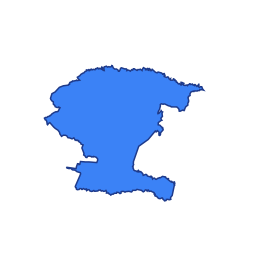 outline of Ixtapan de la Sal, México, Mexico, rotated 312°
{"feature_id": "50627088B70229616994198", "entity_name": "Ixtapan de la Sal", "entity_type": "district", "adm_level": 2, "iso_a3": "MEX", "parent_name": "Mexico", "parent_adm1": "México", "projection": "orthographic", "projection_center": [-99.696, 18.841], "detail": "fine", "context": "isolated", "style": "filled", "palette": "blue", "viewbox_px": 256, "rotation_deg": 312, "n_neighbors": 0, "source": "geoboundaries", "source_scale": "gbopen_adm2", "svg_char_len": 5848}
<svg xmlns="http://www.w3.org/2000/svg" viewBox="0 0 256 256"><g transform="rotate(312 128 128)"><path d="M69.1,161.4L70.2,161.4L71.8,163.1L72.8,162.7L73.8,164.3L73.9,165.9L74.2,166.1L74.9,166.4L76.1,165.5L76.8,165.9L78.1,167.4L78.3,168.7L79.3,169.0L81.6,171.1L82.7,173.3L83.3,173.5L84.8,173.2L86.9,175.5L88.1,175.6L88.4,175.8L90.8,179.9L90.6,181.1L90.8,182.1L92.1,182.5L93.5,182.3L94.0,182.7L94.1,183.3L93.9,184.5L95.4,184.4L95.5,185.0L95.0,186.1L96.5,187.3L96.8,188.9L97.4,190.3L97.3,190.9L96.4,191.5L96.5,191.9L97.0,192.1L96.9,192.4L96.7,192.8L95.8,193.1L95.6,193.7L96.4,194.9L96.1,196.9L96.3,198.2L97.0,199.2L98.8,200.0L99.0,200.6L98.4,201.8L98.6,202.4L98.3,203.9L99.4,204.7L100.0,204.7L100.6,204.3L101.7,205.4L102.1,206.4L102.7,207.1L103.8,207.5L104.2,206.5L105.3,206.1L107.4,206.0L116.5,200.7L116.8,200.9L117.3,200.3L117.0,200.0L117.7,198.9L118.3,199.6L118.9,198.7L118.5,198.6L117.9,197.6L117.7,197.9L116.9,196.5L117.4,196.0L116.7,195.5L116.5,192.4L116.7,192.5L117.9,191.6L116.5,191.8L116.3,188.2L116.5,188.2L115.1,186.0L112.8,185.4L112.0,184.5L111.3,184.4L110.9,183.9L108.7,183.3L108.4,182.9L108.5,181.2L107.8,180.6L106.5,180.4L107.7,178.5L107.7,177.5L107.5,177.2L106.9,177.1L106.8,177.6L105.3,174.6L105.8,173.1L105.5,172.3L103.0,171.0L103.9,169.6L104.1,168.1L103.8,167.7L104.2,166.8L103.5,166.0L102.6,165.5L102.6,165.3L103.4,164.7L103.5,164.0L103.0,163.9L101.9,164.4L101.6,164.1L101.5,162.7L100.8,161.7L100.6,160.4L101.2,159.6L101.4,158.8L102.9,157.4L102.7,157.2L104.6,156.7L104.9,156.0L106.7,154.5L121.6,148.2L133.0,150.7L144.0,150.3L143.9,151.5L145.7,151.6L145.5,154.6L144.5,154.7L143.4,155.9L143.6,156.5L144.0,156.7L145.4,156.2L145.6,155.4L150.0,155.4L150.5,155.0L150.7,153.8L151.0,153.6L151.3,153.8L151.5,153.4L151.2,152.5L151.4,149.8L150.6,148.3L152.3,146.9L155.6,147.5L156.4,148.0L156.6,146.9L157.4,145.9L159.7,145.8L161.5,143.6L163.1,143.0L162.7,142.2L163.1,141.1L159.7,141.2L158.7,140.7L159.0,140.2L161.6,139.1L162.9,139.2L163.6,138.6L165.8,137.5L167.1,136.3L168.3,136.6L169.2,138.3L169.8,138.5L170.5,139.4L171.5,143.0L172.6,145.1L172.6,146.0L176.3,150.2L176.3,152.0L176.0,153.4L174.8,154.7L175.2,155.4L178.1,156.8L178.4,158.0L179.4,157.9L179.7,157.5L182.6,156.7L185.0,157.2L186.4,155.9L188.1,155.5L188.3,155.0L189.0,154.7L190.7,152.3L191.5,152.2L191.9,151.8L193.7,152.4L194.8,151.2L196.8,150.7L198.2,151.3L199.1,152.4L199.3,152.2L199.5,152.6L200.1,152.7L201.8,154.7L202.3,154.7L203.6,156.0L204.6,155.7L205.0,156.6L205.8,157.0L206.7,158.8L206.9,157.4L208.0,155.2L207.2,154.2L206.0,153.9L205.9,153.2L206.1,152.5L207.4,152.1L207.8,151.4L205.0,151.4L205.2,148.9L204.6,148.3L204.0,148.9L203.4,147.1L203.7,146.4L202.3,145.7L202.5,144.8L202.1,144.2L201.2,144.3L200.2,143.6L199.3,143.9L198.9,142.5L198.1,142.2L197.4,141.4L197.0,140.6L197.2,139.8L198.0,139.9L198.6,139.7L197.9,137.4L197.5,137.0L197.3,137.8L196.1,138.8L195.4,138.7L195.8,136.8L194.8,136.5L194.5,135.4L194.9,134.0L194.4,133.4L195.2,132.1L194.9,131.7L195.2,130.8L194.5,130.6L195.2,129.2L195.0,128.9L194.2,129.3L193.3,129.1L192.0,127.5L192.3,127.0L193.0,126.6L192.2,126.4L192.0,125.7L192.6,124.5L192.7,123.4L191.4,122.8L190.5,120.5L190.9,120.0L191.8,120.3L192.7,118.5L192.2,118.1L191.5,118.3L191.1,117.8L191.4,117.4L191.3,116.0L189.7,112.9L188.5,112.7L187.8,111.2L187.8,106.7L186.4,107.0L185.9,106.7L186.5,105.3L186.4,104.2L184.8,105.0L184.4,104.3L185.5,103.1L185.2,102.5L183.2,102.5L183.0,102.0L183.8,101.5L183.2,99.1L181.2,99.4L180.1,100.0L179.9,97.7L179.0,97.4L178.0,96.2L177.1,96.4L176.6,95.8L176.7,94.8L176.2,94.0L176.3,93.2L175.6,92.3L174.2,92.7L173.8,91.7L171.8,91.7L171.5,89.8L169.9,88.7L170.8,88.2L170.7,86.9L169.9,86.4L168.4,82.9L167.4,82.5L165.9,83.2L164.3,83.5L163.8,82.9L164.4,81.8L164.1,79.9L162.9,78.7L162.8,76.9L163.8,74.7L163.5,74.1L162.5,74.6L161.2,73.7L160.8,72.7L159.5,72.0L159.5,70.6L157.5,69.4L156.0,70.3L154.8,71.9L154.3,71.1L154.3,69.6L155.8,68.7L155.8,67.8L153.8,68.5L153.6,67.1L152.5,66.9L152.1,66.4L152.5,65.3L151.9,64.9L151.0,65.0L150.4,64.2L149.2,64.5L148.5,63.1L147.3,62.5L147.3,61.6L146.7,61.6L146.5,61.0L145.6,61.1L145.6,60.6L144.6,60.7L144.9,59.6L144.0,59.3L143.4,58.3L142.7,59.0L141.4,58.3L139.3,58.3L138.7,57.8L136.3,57.1L134.6,57.2L131.8,56.4L131.4,57.3L131.2,60.1L129.1,58.4L129.2,57.8L128.5,57.6L126.5,56.2L126.0,55.4L125.3,55.6L124.9,55.1L123.8,54.9L123.5,54.5L123.2,54.7L122.6,54.4L121.9,54.7L121.3,55.3L120.6,54.7L120.0,55.0L116.1,51.7L112.3,49.8L105.9,49.7L102.6,48.5L98.1,50.6L97.5,51.7L97.2,53.6L97.5,54.9L95.7,56.7L95.8,58.5L95.1,59.6L95.7,61.4L96.8,62.8L97.2,62.6L97.6,63.9L93.5,64.9L92.3,64.2L92.0,63.6L90.0,62.7L87.5,62.0L86.2,62.1L85.1,61.7L84.9,61.9L83.5,61.3L82.9,60.8L81.4,60.6L80.6,59.6L79.4,59.3L78.7,61.1L79.1,61.9L78.4,63.4L76.6,65.6L76.6,66.1L78.0,65.9L79.7,66.3L79.0,72.1L79.0,74.3L79.5,77.4L79.0,79.9L78.0,81.4L77.3,84.2L79.4,84.8L80.8,86.5L81.2,87.7L80.6,89.8L81.6,91.3L82.5,93.7L84.4,94.4L83.6,97.0L84.3,97.2L84.5,98.4L85.2,98.7L85.5,99.9L84.9,100.2L85.3,102.8L84.6,103.8L85.4,105.9L82.3,107.1L79.7,112.2L78.3,113.1L78.5,114.6L78.0,116.3L78.5,117.2L79.9,117.0L81.1,117.8L82.3,120.0L82.2,120.4L82.8,120.7L83.1,121.5L83.9,121.5L85.0,124.0L84.7,126.2L83.6,127.1L81.4,127.9L76.6,121.6L74.3,119.1L71.3,115.1L68.7,116.5L68.0,116.1L68.3,115.2L67.7,114.4L64.7,115.6L63.1,116.6L57.9,108.9L57.5,109.0L57.4,109.5L58.4,111.4L59.7,112.3L59.7,114.7L61.2,116.8L61.4,119.3L62.9,122.5L62.2,123.5L60.3,124.2L49.3,127.9L48.7,128.9L48.9,129.5L48.0,130.7L48.2,131.6L49.6,132.8L50.8,132.8L51.6,133.8L51.4,134.7L51.9,135.2L53.1,135.3L53.6,137.2L54.8,137.7L54.9,138.2L53.8,138.9L53.7,139.2L55.4,139.6L56.1,140.3L55.7,141.7L56.3,143.2L57.3,144.0L58.4,144.2L58.7,144.5L58.5,145.1L58.7,145.6L61.1,147.8L62.0,147.7L63.4,149.0L63.2,150.0L63.4,150.5L64.2,150.8L64.7,152.4L66.1,153.4L66.8,153.4L66.4,154.7L65.2,155.5L66.6,157.0L66.3,157.7L66.7,159.2L66.6,160.1L68.1,160.4L69.1,161.4Z" fill="#3b82f6" stroke="#1e3a8a" stroke-width="1.5"/></g></svg>